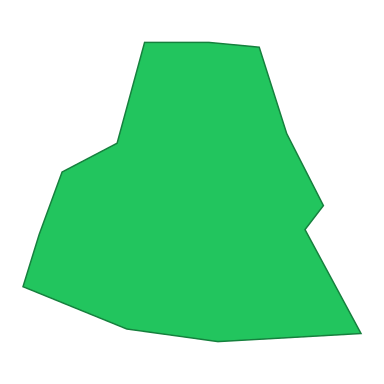 SVG path tracing the border of Trinity Palmetto Point
{"feature_id": "KNA-5112", "entity_name": "Trinity Palmetto Point", "entity_type": "Parish", "adm_level": 1, "iso_a3": "KNA", "parent_name": "Saint Kitts and Nevis", "parent_adm1": "", "projection": "orthographic", "projection_center": [-62.746, 17.311], "detail": "fine", "context": "isolated", "style": "filled", "palette": "green", "viewbox_px": 384, "rotation_deg": 0, "n_neighbors": 0, "source": "natural_earth", "source_scale": "10m", "svg_char_len": 294}
<svg xmlns="http://www.w3.org/2000/svg" viewBox="0 0 384 384"><path d="M361.0,333.5L217.9,341.6L126.8,329.0L23.0,286.7L39.2,234.4L62.1,172.0L117.1,143.2L144.6,42.4L208.8,42.4L259.2,47.2L286.7,133.6L323.4,205.6L305.0,229.6L361.0,333.5Z" fill="#22c55e" stroke="#15803d" stroke-width="1.5"/></svg>